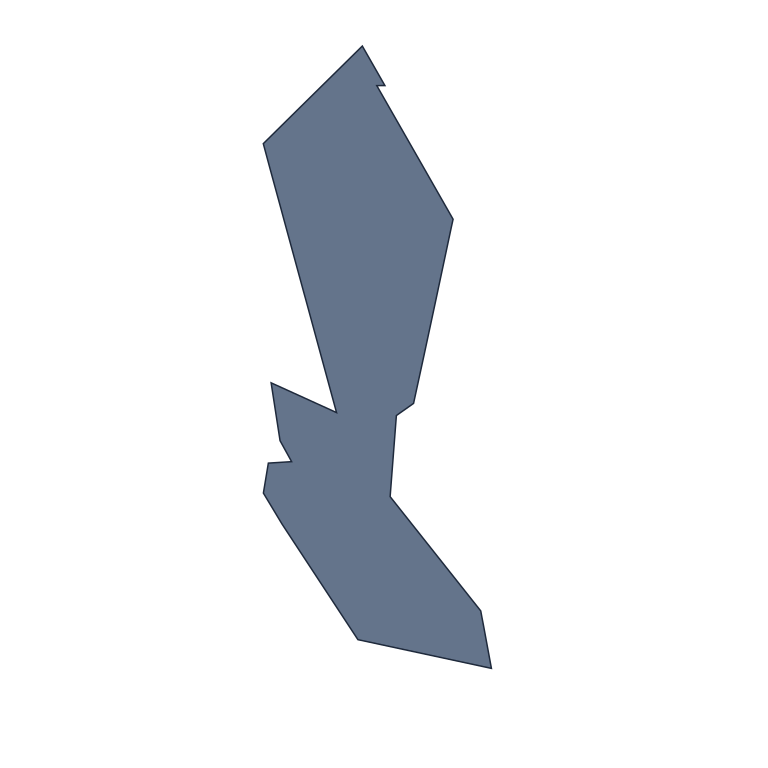 Flores do Piauí, Piauí, Brazil, rotated 148°
{"feature_id": "56859067B16449263184435", "entity_name": "Flores do Piauí", "entity_type": "district", "adm_level": 2, "iso_a3": "BRA", "parent_name": "Brazil", "parent_adm1": "Piauí", "projection": "equal_earth", "projection_center": [-42.859, -7.648], "detail": "fine", "context": "isolated", "style": "filled", "palette": "slate", "viewbox_px": 768, "rotation_deg": 148, "n_neighbors": 0, "source": "geoboundaries", "source_scale": "gbopen_adm2", "svg_char_len": 542}
<svg xmlns="http://www.w3.org/2000/svg" viewBox="0 0 768 768"><g transform="rotate(148 384 384)"><path d="M544.7,319.0L541.6,181.0L443.6,85.9L427.7,126.2L424.8,133.7L422.2,140.3L438.5,285.2L390.2,350.7L369.2,351.9L334.9,387.1L300.1,423.0L243.6,481.5L238.1,487.1L235.4,554.6L232.0,640.9L225.1,636.6L223.3,682.1L307.6,663.3L359.0,651.8L366.7,626.5L378.5,587.2L381.2,578.3L403.7,503.5L405.2,498.4L439.4,384.9L479.1,444.8L502.2,391.0L503.5,367.1L524.0,378.2L544.1,355.4L544.7,319.0Z" fill="#64748b" stroke="#1e293b" stroke-width="1.5"/></g></svg>